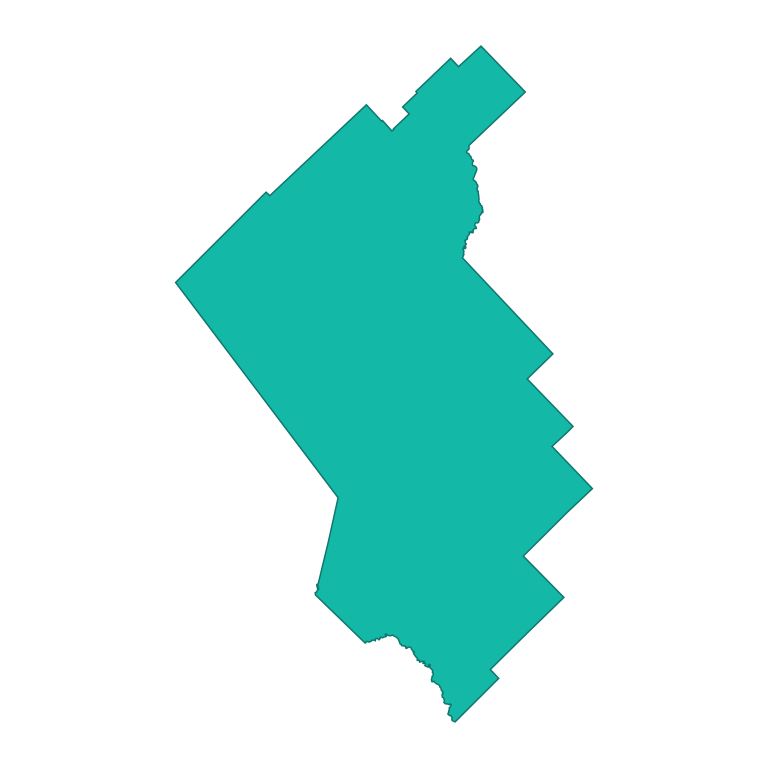 outline of Coronel Suárez, Buenos Aires, Argentina
{"feature_id": "61730980B58975143566446", "entity_name": "Coronel Suárez", "entity_type": "district", "adm_level": 2, "iso_a3": "ARG", "parent_name": "Argentina", "parent_adm1": "Buenos Aires", "projection": "orthographic", "projection_center": [-61.824, -37.54], "detail": "fine", "context": "isolated", "style": "filled", "palette": "teal", "viewbox_px": 768, "rotation_deg": 0, "n_neighbors": 0, "source": "geoboundaries", "source_scale": "gbopen_adm2", "svg_char_len": 6101}
<svg xmlns="http://www.w3.org/2000/svg" viewBox="0 0 768 768"><path d="M525.3,92.0L481.0,46.1L458.5,66.7L450.7,58.3L415.9,91.5L417.2,93.0L402.6,107.0L409.2,113.9L393.5,128.8L393.9,129.3L391.9,131.0L382.5,120.5L381.7,121.3L366.4,104.8L269.8,195.7L266.1,192.2L175.6,282.5L338.1,497.7L328.6,540.7L318.3,583.4L318.1,583.8L317.8,584.0L316.9,584.5L316.7,585.1L316.8,585.3L317.7,585.2L318.0,585.3L318.0,585.7L317.8,585.8L317.0,586.1L317.0,586.6L317.1,586.8L318.1,586.9L318.4,587.1L318.5,587.3L318.3,587.5L317.6,587.7L317.4,587.9L317.4,588.2L317.6,588.7L318.4,589.0L318.6,589.2L318.6,589.5L317.5,590.1L316.8,591.3L316.6,592.2L316.0,592.4L315.6,592.4L315.2,592.6L315.2,593.2L315.6,593.9L315.6,594.3L315.4,594.9L365.2,643.1L365.4,643.0L365.7,642.8L366.4,641.5L366.7,641.4L368.8,642.0L369.5,642.0L369.7,641.7L370.1,641.5L370.5,641.5L370.9,641.4L371.3,641.2L372.1,640.1L372.4,640.1L374.3,640.2L375.2,640.8L375.4,640.5L375.5,639.0L375.6,638.7L375.9,638.6L377.7,638.5L378.0,638.7L378.6,639.6L379.0,639.8L379.3,639.6L380.1,638.5L380.3,637.4L380.4,637.2L380.9,637.2L382.0,637.7L382.5,637.8L384.6,636.9L384.9,636.8L385.8,636.8L386.0,636.6L386.2,636.4L386.2,636.2L385.3,635.0L385.3,634.6L385.3,634.4L385.6,634.0L385.9,634.0L386.4,634.3L387.2,635.0L387.5,635.3L389.3,635.7L390.6,635.7L392.5,635.2L392.9,635.2L393.3,635.4L394.0,636.0L394.5,636.3L396.0,637.0L397.7,638.2L397.9,638.7L398.2,639.1L398.8,640.4L399.8,642.9L400.0,643.8L400.7,644.3L401.2,644.4L401.6,645.5L401.8,645.7L403.3,645.9L404.1,645.8L404.4,645.9L405.0,646.3L405.3,646.2L405.6,646.3L405.6,647.0L405.9,648.2L406.1,648.4L406.4,648.4L407.0,647.8L407.6,647.9L407.9,647.2L408.4,647.1L410.0,647.1L410.6,647.4L411.0,647.7L411.4,649.1L411.7,649.5L412.1,649.9L412.3,650.3L412.6,650.7L413.1,651.1L413.3,651.5L413.2,651.9L413.3,652.3L413.6,652.3L414.3,652.1L414.3,652.4L413.9,652.9L413.8,653.3L413.9,654.2L414.8,655.1L415.0,655.6L415.3,656.0L416.2,657.0L416.3,657.4L416.8,657.6L417.4,658.7L417.4,659.3L417.1,660.0L417.3,660.4L417.8,660.4L418.2,660.2L419.2,660.3L419.6,662.1L420.0,662.1L420.2,661.7L420.7,661.4L421.2,661.3L421.4,661.6L421.9,661.5L423.9,661.3L424.3,661.4L424.2,661.8L424.1,662.0L423.1,662.8L423.0,663.1L423.0,663.3L423.2,663.5L424.3,663.3L425.4,663.5L425.5,663.9L425.1,665.0L424.8,665.5L425.0,665.7L427.9,667.1L428.3,667.1L428.6,666.8L428.5,665.7L428.8,664.6L429.3,664.3L430.1,664.9L430.1,665.4L429.9,665.9L429.7,666.9L430.0,667.8L432.6,670.3L432.5,670.9L432.6,671.8L432.4,672.4L432.7,672.9L433.0,673.2L433.2,674.5L433.3,675.0L433.1,675.6L432.1,676.3L432.0,677.8L431.6,678.9L431.5,679.4L431.6,680.9L431.8,681.5L432.2,681.8L432.7,681.8L433.4,681.2L433.8,681.3L433.9,681.6L436.2,683.6L437.5,684.2L438.9,685.0L439.3,685.3L439.6,685.8L439.9,686.9L440.2,687.4L441.0,688.1L441.1,688.5L441.1,689.6L441.3,690.1L441.6,690.7L442.7,691.4L442.9,691.8L442.5,692.6L443.0,693.4L442.8,693.7L442.2,694.2L442.0,694.6L442.0,694.9L442.2,695.3L442.3,695.7L442.3,697.1L443.7,698.2L444.0,699.0L444.3,700.4L444.2,701.9L444.0,702.3L444.0,702.6L445.0,703.5L445.9,703.9L446.4,703.9L447.1,703.8L448.9,704.6L449.4,704.6L449.8,704.3L449.9,704.0L450.1,704.0L451.0,704.6L451.2,705.0L451.0,705.4L450.2,706.8L449.5,707.6L449.3,708.0L449.2,708.5L449.3,709.1L449.3,709.8L448.7,710.9L448.6,711.4L448.8,712.3L448.7,712.7L448.1,713.1L448.0,713.4L448.0,714.0L448.1,714.4L448.7,714.9L449.1,715.0L449.4,715.3L450.9,715.7L451.3,716.4L452.0,717.2L452.0,718.4L451.8,719.0L452.1,720.3L452.3,720.7L453.6,721.1L455.1,721.9L498.7,678.4L490.3,669.5L530.6,629.7L563.9,597.4L523.3,556.1L567.6,512.0L592.4,488.6L552.0,446.4L568.0,431.6L573.0,426.4L527.3,379.1L527.7,378.8L527.5,378.6L552.9,353.9L462.5,257.9L462.5,257.4L463.0,256.8L463.1,256.6L463.2,255.3L463.4,255.1L463.9,254.8L463.9,254.4L463.6,253.8L463.7,252.9L463.6,252.6L463.9,251.5L463.7,250.6L463.5,250.3L463.0,250.0L462.9,249.0L463.8,248.8L464.0,248.6L465.1,248.5L465.6,248.2L465.7,247.5L465.9,247.0L465.8,246.9L465.3,247.0L464.9,246.9L464.0,247.1L463.6,247.0L463.8,246.6L464.7,246.1L465.3,245.4L465.5,244.7L466.1,244.4L466.3,244.0L466.0,243.6L465.3,243.2L465.4,242.2L465.2,240.8L464.9,240.6L465.1,240.4L465.4,240.2L465.5,239.9L466.0,240.0L466.5,239.5L467.1,239.3L467.6,238.0L467.5,237.7L467.3,237.5L467.1,237.2L467.4,236.6L467.6,236.4L467.8,236.1L469.0,234.7L469.4,234.0L469.4,233.6L469.6,233.4L469.4,232.5L469.3,232.1L469.6,232.0L469.8,232.4L470.2,232.5L471.1,232.0L471.6,231.9L471.9,232.7L472.2,232.7L472.9,232.7L473.1,232.5L473.2,232.0L473.2,231.3L473.0,230.6L473.2,230.0L473.7,229.4L473.9,229.0L474.3,228.8L474.9,228.6L476.0,228.5L476.4,228.2L476.3,227.4L476.0,227.3L475.9,226.9L475.3,226.4L475.1,226.0L475.0,225.4L474.8,225.1L474.9,224.0L475.4,223.0L475.8,222.8L476.5,222.8L477.1,223.0L477.5,222.9L477.9,222.6L478.5,222.4L478.9,221.2L479.0,220.7L479.5,219.6L479.6,219.2L479.4,219.0L479.3,218.8L479.4,218.4L479.3,217.6L479.4,216.7L479.4,216.4L479.6,215.8L480.2,215.0L480.9,214.5L481.1,214.1L481.1,213.5L481.8,212.7L482.6,212.7L482.8,212.5L482.9,212.2L482.6,212.1L482.4,211.9L482.2,211.4L482.4,211.2L482.8,211.1L482.9,210.8L482.5,210.0L482.7,209.7L482.7,209.3L482.6,209.1L482.2,208.7L482.1,208.3L482.2,208.0L482.4,207.8L482.0,207.2L482.0,206.4L481.7,205.9L481.5,205.6L480.7,205.4L480.5,204.9L480.4,204.3L480.2,203.7L479.3,203.0L479.1,201.7L478.8,201.2L478.8,200.8L478.6,200.6L479.0,199.5L479.0,198.7L478.7,196.7L478.7,195.5L478.5,194.8L478.5,194.1L478.3,193.3L478.2,191.6L478.1,191.2L477.6,191.1L477.3,190.9L477.4,190.3L477.2,189.6L477.2,188.9L477.1,188.3L477.2,187.7L477.5,187.4L477.8,186.7L477.8,185.5L477.5,184.9L476.9,184.2L476.6,183.7L476.4,182.8L475.3,181.3L473.9,180.2L473.4,179.6L473.2,178.9L473.4,178.2L474.2,176.6L475.0,174.3L476.1,171.7L476.3,170.9L476.6,170.4L476.8,168.9L476.7,168.3L476.6,167.8L476.1,167.1L475.4,166.5L474.0,165.8L473.5,165.7L472.9,165.7L472.4,164.8L472.4,163.1L472.5,162.4L473.4,161.1L473.3,160.4L473.0,160.1L472.0,159.8L471.5,158.8L470.8,156.4L470.1,155.9L469.2,154.8L468.9,153.7L468.3,153.4L467.7,153.3L466.8,152.7L466.6,152.3L466.6,151.7L467.1,150.7L467.5,150.4L468.3,149.9L468.9,149.1L469.1,148.4L469.1,147.7L468.9,146.5L469.2,145.2L525.3,92.0Z" fill="#14b8a6" stroke="#0f766e" stroke-width="1.5"/></svg>